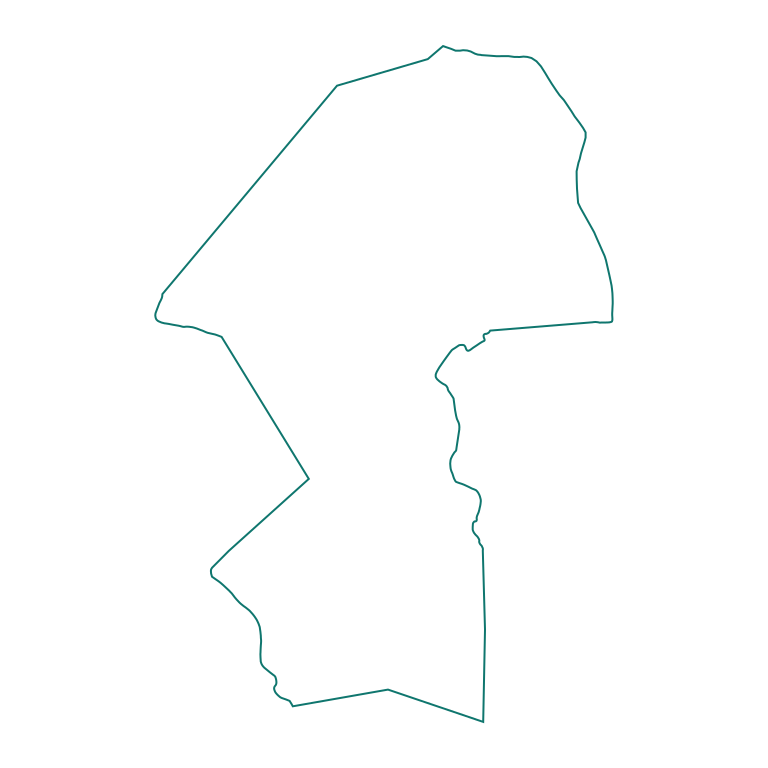 the district of San Jose de Comayagua, Comayagua, Honduras
{"feature_id": "27666195B469892193745", "entity_name": "San Jose de Comayagua", "entity_type": "district", "adm_level": 2, "iso_a3": "HND", "parent_name": "Honduras", "parent_adm1": "Comayagua", "projection": "orthographic", "projection_center": [-88.038, 14.699], "detail": "fine", "context": "isolated", "style": "outline", "palette": "teal", "viewbox_px": 768, "rotation_deg": 0, "n_neighbors": 0, "source": "geoboundaries", "source_scale": "gbopen_adm2", "svg_char_len": 6039}
<svg xmlns="http://www.w3.org/2000/svg" viewBox="0 0 768 768"><path d="M212.0,576.7L215.7,579.3L217.6,580.6L219.4,581.9L220.9,583.1L223.3,585.2L229.4,590.9L230.2,591.8L231.7,593.3L232.4,594.2L234.8,597.4L236.5,599.4L237.9,600.9L239.3,602.4L240.8,603.8L242.3,605.0L243.4,605.9L245.8,607.6L247.3,608.8L248.8,610.0L249.8,610.9L250.7,611.9L251.5,612.8L252.5,613.9L253.7,615.4L254.8,616.9L256.0,618.7L256.7,619.8L257.5,621.4L258.6,623.8L259.3,625.8L259.6,626.6L259.8,627.5L260.0,629.0L260.4,631.7L260.8,635.6L260.9,638.1L261.1,640.2L261.1,641.9L261.0,643.3L260.8,645.8L260.6,649.6L260.5,652.5L260.4,654.1L260.5,657.3L260.7,660.5L260.7,661.2L261.0,662.4L261.2,663.0L261.4,663.6L261.9,664.6L262.5,665.6L263.3,666.6L264.2,667.6L264.8,668.1L266.0,669.1L269.9,672.3L273.4,675.0L274.4,675.7L274.9,676.3L275.1,676.6L275.4,677.0L275.5,677.4L275.8,678.3L276.0,679.1L276.2,680.0L276.3,680.9L276.4,681.8L276.4,682.3L276.4,683.0L276.3,683.5L276.2,684.0L275.9,684.8L275.4,685.5L274.7,686.4L274.4,687.0L274.3,687.3L274.2,687.7L274.1,688.1L274.1,688.4L274.2,688.9L274.2,689.3L274.4,690.0L274.7,690.7L274.9,691.4L275.2,691.9L275.5,692.5L275.9,693.0L276.3,693.5L276.9,694.2L278.2,695.5L278.9,696.1L279.7,696.8L280.2,697.2L280.6,697.4L281.5,697.9L286.1,699.5L289.6,700.9L291.6,704.1L292.8,706.3L388.0,689.6L483.2,721.9L485.0,629.6L482.8,550.5L482.9,549.8L482.9,548.9L482.8,548.5L482.7,548.0L482.2,547.0L481.9,546.2L481.6,545.8L481.2,545.3L480.4,544.5L480.1,544.1L479.8,543.5L479.5,543.0L479.3,542.4L479.2,541.8L479.2,541.5L479.3,540.7L479.3,540.3L479.1,539.6L478.8,538.8L478.2,537.8L477.8,537.2L477.4,536.6L476.8,536.0L475.6,534.8L475.0,534.1L474.5,533.4L474.0,532.8L473.3,531.4L472.9,530.4L472.8,530.0L472.7,529.6L472.7,528.6L472.7,527.3L472.8,525.5L472.9,524.0L473.0,523.5L473.1,523.1L473.6,522.3L474.0,521.9L474.1,521.7L474.3,521.6L474.7,521.4L475.0,521.4L475.5,521.4L475.8,521.3L476.0,521.2L476.4,520.9L476.6,520.5L476.7,520.1L476.7,519.9L476.8,519.5L476.7,518.5L476.6,518.0L476.7,517.5L476.8,517.0L476.9,516.4L477.1,515.8L478.2,513.2L478.6,512.3L479.3,509.8L479.6,508.3L480.2,505.8L480.5,504.0L480.7,502.2L480.8,501.4L480.8,500.6L480.7,499.4L480.5,498.7L480.3,497.9L479.9,496.4L479.4,495.1L478.8,493.9L478.3,493.0L478.0,492.5L477.5,491.8L476.8,491.0L476.1,490.3L475.6,490.0L474.9,489.7L474.0,489.3L472.9,488.9L472.1,488.6L468.3,486.7L464.2,484.8L461.9,483.9L459.7,483.2L457.2,482.3L456.2,481.9L455.9,481.7L455.4,481.1L455.0,480.4L454.5,479.4L454.1,478.7L453.4,476.7L452.6,474.1L452.1,472.8L451.5,471.5L451.1,470.3L450.8,469.3L450.6,468.3L450.4,466.3L450.3,465.0L450.2,463.6L450.3,462.5L450.4,461.5L450.5,460.5L450.7,459.5L451.1,458.3L451.7,457.1L452.3,455.8L453.6,453.7L454.1,452.9L454.6,452.2L455.7,451.1L455.8,450.9L456.1,450.4L456.2,450.1L456.7,446.6L459.3,429.5L459.3,428.6L459.4,427.3L459.3,425.9L459.2,424.9L459.0,423.9L458.7,422.9L458.3,421.9L457.5,420.2L456.9,418.8L456.5,417.3L456.1,415.7L455.1,410.3L453.7,399.6L453.6,398.8L453.5,398.4L452.6,396.9L451.0,394.5L450.4,393.5L449.0,391.6L448.4,390.7L448.2,390.3L448.0,389.7L447.8,389.2L447.7,388.5L447.6,388.0L447.4,387.6L447.0,386.9L446.7,386.4L446.3,385.9L445.8,385.4L445.1,384.9L444.6,384.6L443.5,384.1L442.7,383.6L441.9,383.1L440.5,382.1L439.3,381.2L438.1,380.1L437.3,379.4L436.6,378.5L436.3,378.0L436.0,377.5L435.8,377.0L435.7,376.4L435.7,375.8L435.7,375.2L435.7,374.7L435.9,374.0L436.5,372.4L437.1,371.2L437.7,370.2L438.3,369.1L439.3,367.4L443.6,361.2L446.4,357.3L449.7,352.8L451.6,350.4L452.1,349.9L452.9,349.3L455.0,348.0L459.0,345.3L459.4,345.2L460.2,345.0L461.0,345.0L462.1,344.9L463.0,345.0L463.6,345.1L464.1,345.3L464.6,345.8L465.0,346.3L465.4,347.0L465.6,347.5L465.9,348.5L466.1,348.9L466.3,349.4L466.5,349.7L466.8,350.1L467.0,350.3L467.3,350.5L467.5,350.6L468.1,350.8L468.8,350.6L469.6,350.3L470.4,349.8L473.2,347.7L476.7,345.4L479.9,343.2L481.9,342.0L482.8,341.5L483.8,341.1L484.2,340.8L484.4,340.6L484.5,340.5L484.6,340.2L484.6,339.7L484.5,339.2L483.9,337.7L483.7,336.9L483.6,336.2L483.6,335.8L483.6,335.5L483.7,335.2L483.8,334.9L484.1,334.5L484.4,334.2L484.7,334.1L485.2,333.9L486.1,333.9L486.5,333.8L487.7,333.3L488.3,332.9L488.9,332.5L489.3,332.0L489.8,331.2L490.2,330.6L592.3,322.3L593.8,322.1L595.4,322.0L596.7,322.1L598.3,322.3L599.5,322.6L600.0,322.6L603.0,322.5L606.2,322.5L609.2,322.4L610.0,322.2L610.7,322.1L611.5,321.8L611.8,321.6L612.0,321.4L612.1,321.0L612.3,320.4L612.4,319.6L612.4,318.7L612.3,316.9L612.2,315.4L612.2,313.1L612.3,311.6L612.6,305.4L612.7,303.9L612.7,301.2L612.6,298.0L612.5,295.3L612.4,293.1L612.0,289.0L611.8,287.5L611.6,285.8L610.8,281.9L610.3,279.5L609.4,275.3L607.5,267.0L606.7,263.5L605.9,260.0L605.5,258.8L605.0,257.1L604.4,255.5L602.2,250.6L600.1,245.8L597.1,239.1L595.1,234.5L594.6,233.3L594.2,232.4L593.0,230.2L580.6,208.1L578.1,202.9L577.6,196.6L577.0,188.6L576.7,179.5L576.6,171.3L578.5,162.6L579.7,159.1L581.0,153.3L584.4,142.2L585.6,137.6L585.6,132.4L583.1,128.0L579.5,122.8L574.7,116.5L571.4,111.2L563.9,100.1L559.7,95.4L556.3,90.6L551.7,83.7L548.1,77.9L545.3,73.2L541.0,66.4L536.5,61.3L531.5,58.0L527.2,56.9L523.5,56.6L519.8,57.0L514.0,56.9L508.3,56.1L496.5,56.2L488.7,55.6L481.4,55.1L480.9,54.9L477.8,54.6L475.0,53.7L470.7,51.5L467.2,50.5L463.1,50.2L459.8,50.7L455.6,50.7L451.0,48.8L443.0,46.1L427.8,59.1L337.0,85.7L162.4,294.1L162.2,296.5L162.0,297.3L161.7,298.3L161.2,299.4L160.7,300.5L159.8,302.2L159.4,303.0L156.7,310.1L155.7,312.8L155.5,313.5L155.4,314.3L155.3,315.1L155.3,315.8L155.5,316.8L155.6,317.6L155.9,318.4L156.3,319.3L156.6,319.7L157.2,320.3L157.9,320.9L158.6,321.3L159.8,321.8L160.5,322.1L161.4,322.5L162.9,322.9L164.4,323.3L166.0,323.5L168.6,323.9L173.2,324.8L178.5,325.7L179.9,326.0L182.4,326.7L183.5,326.9L183.9,326.9L184.4,326.9L185.8,326.7L186.6,326.7L187.9,326.7L189.5,326.8L190.6,327.0L191.5,327.1L192.3,327.2L193.9,327.6L195.5,328.1L196.8,328.5L200.6,330.0L202.4,330.6L206.0,332.2L207.6,332.8L208.5,333.0L212.0,333.8L213.8,334.2L215.1,334.5L216.3,334.9L218.8,335.8L221.6,336.9L308.8,478.9L228.8,550.9L212.1,567.7L211.1,569.4L210.9,570.9L211.1,573.5L212.0,576.7Z" fill="none" stroke="#0f766e" stroke-width="2"/></svg>